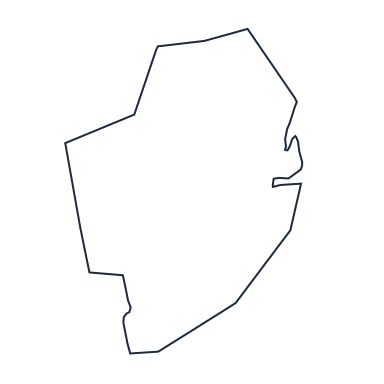 Union Vale, Soufrière, Saint Lucia (Natural Earth projection), rotated 351°
{"feature_id": "8701671B13319398950854", "entity_name": "Union Vale", "entity_type": "district", "adm_level": 2, "iso_a3": "LCA", "parent_name": "Saint Lucia", "parent_adm1": "Soufrière", "projection": "natural_earth1", "projection_center": [-61.055, 13.811], "detail": "fine", "context": "isolated", "style": "outline", "palette": "slate", "viewbox_px": 384, "rotation_deg": 351, "n_neighbors": 0, "source": "geoboundaries", "source_scale": "gbopen_adm2", "svg_char_len": 973}
<svg xmlns="http://www.w3.org/2000/svg" viewBox="0 0 384 384"><g transform="rotate(351 192 192)"><path d="M280.5,198.9L277.3,199.2L272.7,199.6L272.8,198.1L274.7,191.7L278.7,191.7L280.3,191.7L289.3,193.7L290.7,193.1L303.1,186.7L303.5,185.8L304.8,183.3L305.0,182.6L305.5,180.0L305.2,177.2L304.3,168.2L304.5,162.1L304.6,159.1L304.1,156.8L303.6,154.3L303.0,153.3L302.7,152.9L299.3,155.4L298.9,156.1L295.8,162.0L294.5,163.7L292.9,165.7L292.2,165.8L290.9,165.1L290.5,164.9L290.8,164.3L291.9,162.0L292.3,154.1L296.0,144.3L298.6,140.4L301.5,134.8L307.1,123.6L309.6,119.5L308.3,115.3L272.4,39.6L228.0,44.7L181.0,42.8L178.5,46.6L147.1,106.5L74.4,123.9L74.5,126.2L76.1,210.9L76.4,217.2L78.1,255.4L110.7,263.4L111.5,279.2L111.8,288.8L112.7,293.2L113.4,296.3L111.2,300.9L108.3,301.8L105.1,304.9L103.8,310.2L104.6,332.2L105.7,341.8L133.7,344.4L201.5,315.5L217.7,308.5L275.5,252.6L280.3,248.0L283.2,245.2L301.0,200.8L280.5,198.9Z" fill="none" stroke="#1e293b" stroke-width="2"/></g></svg>